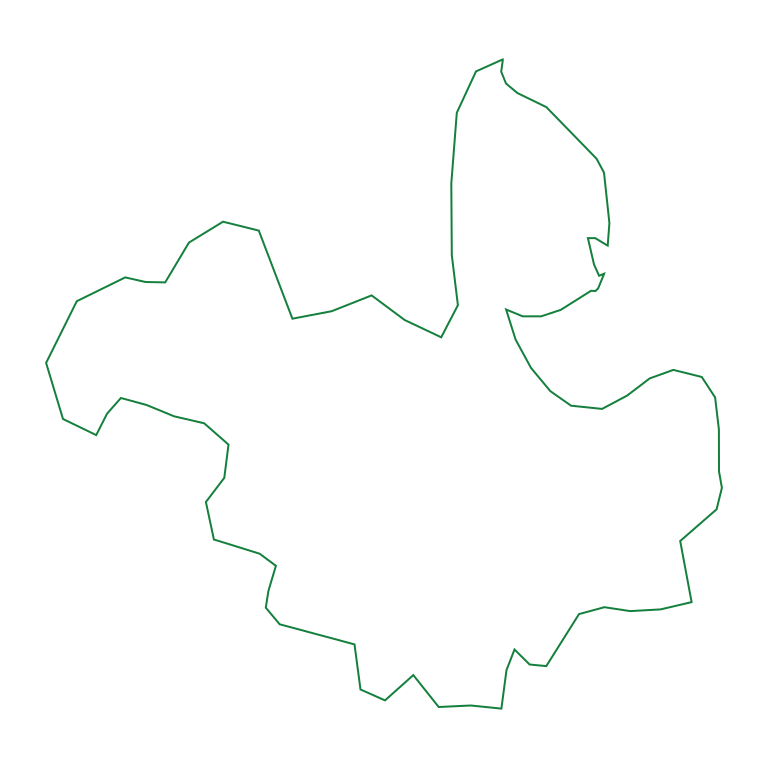 Anenii Noi, orthographic projection
{"feature_id": "MDA-1629", "entity_name": "Anenii Noi", "entity_type": "District", "adm_level": 1, "iso_a3": "MDA", "parent_name": "Moldova", "parent_adm1": "", "projection": "orthographic", "projection_center": [29.256, 46.95], "detail": "fine", "context": "isolated", "style": "outline", "palette": "green", "viewbox_px": 768, "rotation_deg": 0, "n_neighbors": 0, "source": "natural_earth", "source_scale": "10m", "svg_char_len": 1280}
<svg xmlns="http://www.w3.org/2000/svg" viewBox="0 0 768 768"><path d="M441.2,337.3L457.9,305.2L451.8,255.1L451.3,183.6L456.8,112.8L476.0,71.4L502.7,59.4L502.8,60.1L501.2,71.7L506.0,83.5L510.3,87.1L517.5,93.1L546.5,107.2L546.7,107.5L587.6,149.5L596.6,158.8L604.0,172.6L609.4,223.1L607.7,245.6L606.4,244.9L595.2,238.1L587.9,238.1L594.0,264.4L599.1,275.8L599.4,275.7L604.1,273.7L603.8,274.6L598.1,288.5L595.4,291.0L591.0,290.8L560.7,309.9L541.2,316.3L522.6,316.3L506.1,309.5L515.6,339.6L531.0,367.9L550.3,391.1L554.1,393.8L571.1,405.7L602.1,408.9L627.1,395.6L649.7,378.4L673.3,369.9L701.8,377.0L702.1,377.5L704.4,381.0L715.1,397.4L718.9,429.4L719.0,471.4L721.9,487.8L716.6,509.3L680.2,541.0L691.6,602.1L660.6,609.4L630.2,611.1L604.4,607.2L579.0,614.1L546.3,666.1L529.6,664.5L514.5,649.5L506.5,670.1L501.4,708.6L470.8,705.5L438.7,707.0L413.3,675.1L385.0,700.4L360.5,689.5L354.5,644.4L279.7,624.3L265.8,607.7L268.4,591.0L275.9,565.8L259.6,553.7L213.9,539.5L205.9,502.0L224.3,477.8L228.5,444.6L204.2,423.3L174.1,416.3L146.6,405.0L120.9,398.0L107.1,413.6L96.2,435.1L63.0,419.0L46.1,362.9L76.8,301.2L125.2,277.4L145.5,282.0L165.2,282.4L188.9,242.6L223.0,221.7L258.8,230.6L292.4,318.7L331.7,311.2L371.6,295.4L404.8,320.1L441.2,337.3Z" fill="none" stroke="#15803d" stroke-width="2"/></svg>